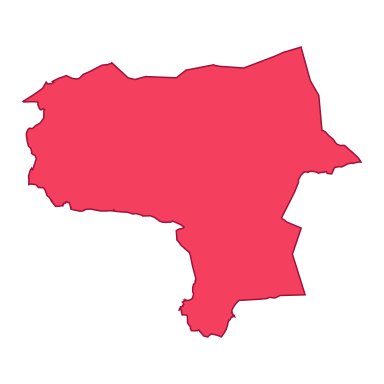 Huaniqueo, Michoacán, Mexico (Robinson projection)
{"feature_id": "50627088B18619680488103", "entity_name": "Huaniqueo", "entity_type": "district", "adm_level": 2, "iso_a3": "MEX", "parent_name": "Mexico", "parent_adm1": "Michoacán", "projection": "robinson", "projection_center": [-101.528, 19.878], "detail": "fine", "context": "isolated", "style": "filled", "palette": "rose", "viewbox_px": 384, "rotation_deg": 0, "n_neighbors": 0, "source": "geoboundaries", "source_scale": "gbopen_adm2", "svg_char_len": 5782}
<svg xmlns="http://www.w3.org/2000/svg" viewBox="0 0 384 384"><path d="M305.1,294.8L292.4,254.2L301.2,228.1L286.9,222.1L285.7,221.2L285.1,220.7L284.5,220.0L283.2,219.4L282.8,219.2L281.9,218.8L281.9,218.4L281.6,217.7L282.4,216.1L288.8,203.5L294.7,191.8L298.3,182.7L298.5,181.8L298.4,179.5L298.9,179.2L299.1,178.5L299.4,178.0L299.9,177.2L300.8,175.4L301.1,174.8L301.8,174.4L303.8,172.2L304.3,172.2L304.9,171.9L306.0,171.8L306.4,172.0L307.1,172.0L307.4,171.8L307.8,171.9L308.0,172.4L308.9,171.9L309.1,171.4L310.4,171.4L310.8,171.5L311.0,171.3L312.3,171.3L314.4,171.6L316.4,172.1L317.8,172.6L318.2,173.1L319.0,173.1L320.7,172.5L322.2,172.4L323.9,172.3L326.3,171.5L327.3,173.3L327.3,173.5L331.7,173.9L334.6,167.5L336.1,167.2L338.5,166.7L341.7,166.9L343.8,165.9L347.4,164.0L351.5,163.0L352.9,163.4L354.5,162.9L358.8,162.0L361.0,162.1L359.3,159.3L357.6,157.2L353.9,153.8L352.3,152.2L348.6,149.1L345.6,146.2L343.9,145.3L340.3,145.5L336.8,144.1L335.2,142.2L333.6,139.8L332.0,138.2L328.9,135.8L325.6,132.1L323.2,130.6L322.0,130.5L321.8,128.7L318.8,95.5L310.3,80.7L301.0,47.0L299.7,47.5L283.6,52.3L274.8,56.2L243.8,68.0L220.4,66.4L215.0,65.5L213.7,64.8L185.9,70.2L176.4,77.8L145.5,76.6L135.0,79.5L128.0,77.8L111.7,62.7L111.1,63.4L110.7,63.7L108.7,64.1L107.9,64.6L107.4,65.1L106.7,64.6L101.9,65.2L89.0,71.9L83.4,74.3L79.2,78.4L76.9,79.0L72.1,78.4L67.6,76.2L67.2,76.2L66.4,75.6L59.3,78.2L59.1,78.1L52.5,81.4L53.8,82.2L51.3,83.7L50.2,83.5L47.8,84.1L46.2,82.1L43.5,86.7L42.6,88.4L32.9,95.2L23.0,101.4L23.8,102.0L30.5,101.7L36.7,101.8L38.2,102.6L37.8,104.6L38.8,107.0L39.7,108.9L40.5,109.8L41.6,109.7L42.8,108.7L43.6,109.1L44.0,109.1L44.6,109.5L43.9,110.5L43.8,117.8L41.1,121.8L39.8,123.3L36.9,124.9L35.9,125.5L34.5,126.7L33.4,127.8L32.9,128.2L32.3,128.4L31.7,128.5L31.2,128.5L30.0,128.2L29.6,128.2L29.3,128.3L29.0,128.5L28.7,128.8L28.3,129.2L27.5,130.4L27.0,131.5L26.7,132.3L26.6,132.7L26.4,133.6L26.4,134.8L26.5,136.2L26.7,137.8L27.1,140.3L27.4,142.1L28.4,146.0L30.0,147.6L31.1,149.1L31.3,150.6L31.5,151.4L31.7,151.9L31.6,153.4L33.0,154.4L33.2,154.7L34.6,155.1L35.0,155.6L36.4,158.3L36.0,159.7L32.8,169.3L32.7,169.7L31.6,169.2L31.5,168.5L30.3,170.2L28.5,176.2L28.7,178.5L29.0,178.6L28.8,184.0L28.8,184.6L29.6,184.3L30.0,184.1L30.7,184.0L34.3,184.5L35.9,184.6L36.3,185.0L38.5,187.6L39.0,187.4L39.5,187.5L40.3,187.5L40.8,187.7L41.2,187.8L42.2,187.7L42.8,187.5L43.0,187.5L43.3,187.7L44.1,188.4L44.4,189.3L45.1,190.1L45.3,190.4L45.6,191.5L45.8,192.2L46.1,192.7L46.2,193.0L46.6,193.6L46.6,193.8L46.7,194.9L47.4,196.0L48.8,197.0L49.7,198.1L51.5,200.4L51.0,200.3L51.3,201.0L51.6,201.3L55.6,206.4L58.4,206.3L59.6,206.2L60.9,205.8L61.9,205.7L62.5,205.9L62.9,205.9L63.0,205.8L62.8,204.9L63.0,204.6L63.5,204.4L63.6,204.2L63.3,203.7L63.8,203.3L65.6,203.1L65.6,202.9L65.5,202.3L65.6,202.1L66.2,201.8L66.7,201.7L66.9,201.8L67.1,202.0L67.3,202.4L67.5,202.5L67.8,202.3L68.0,202.3L68.3,202.4L68.5,202.6L69.2,202.6L69.4,202.9L69.5,203.4L70.0,204.7L70.1,205.2L70.3,205.6L70.4,205.9L70.3,206.3L70.7,206.8L70.5,207.2L70.7,207.7L71.0,207.6L71.2,207.8L71.2,208.0L70.9,209.0L71.4,209.3L72.9,209.6L73.4,209.8L74.8,210.1L76.6,210.4L77.3,210.5L78.5,210.9L79.2,211.1L80.4,211.1L81.2,211.1L81.9,211.1L82.6,210.8L82.9,210.9L83.1,210.8L83.7,210.6L84.4,210.1L85.8,209.4L86.8,209.2L89.0,209.2L90.1,209.0L92.6,209.4L94.2,209.8L96.9,210.3L98.8,210.6L99.1,210.7L99.2,210.8L99.8,210.9L100.7,211.0L105.8,211.0L106.8,210.9L107.1,210.8L107.3,210.9L109.0,210.7L110.3,210.8L110.3,210.7L112.7,210.9L113.1,210.7L113.8,209.7L114.4,210.8L114.1,211.1L115.2,211.2L116.0,211.4L118.2,211.6L121.6,211.9L127.5,212.2L132.9,214.0L135.8,213.5L141.9,215.2L142.8,216.0L150.0,215.8L150.3,215.7L150.8,215.9L152.2,216.5L153.4,216.9L154.4,217.4L154.8,217.6L155.4,217.9L155.4,218.1L158.9,220.4L159.3,220.9L159.9,221.3L162.4,222.1L164.1,222.2L165.9,222.4L167.6,222.2L170.3,222.2L171.0,221.9L172.8,221.1L181.6,225.1L181.5,225.5L184.0,226.8L183.8,227.2L183.6,227.9L183.4,228.1L181.1,228.7L179.6,228.9L178.2,229.5L176.3,230.6L176.3,231.0L176.9,240.0L178.3,241.4L180.5,244.6L182.1,246.2L189.6,252.8L190.3,255.4L190.7,257.1L192.6,266.3L195.9,278.7L196.0,279.3L195.7,279.7L195.6,280.1L195.2,280.6L195.3,281.0L195.1,281.2L195.2,281.5L195.2,281.8L195.2,282.1L195.3,282.1L195.1,282.8L194.0,283.9L193.8,284.1L194.0,284.2L193.4,285.0L192.7,287.7L192.7,290.0L192.8,292.1L193.6,293.8L192.9,296.5L192.0,298.8L189.5,300.2L187.9,300.4L187.6,300.4L186.7,300.1L186.3,300.4L185.4,299.8L185.5,300.2L184.5,300.2L184.9,300.5L184.9,300.8L183.5,301.6L182.5,302.1L183.0,302.5L183.7,304.4L183.2,304.8L183.0,305.1L182.7,305.3L182.8,306.3L182.4,306.3L182.0,306.4L181.9,306.4L181.1,306.7L180.5,306.8L180.4,307.4L180.7,307.9L179.9,308.2L179.6,308.6L179.4,309.2L179.2,310.0L179.8,309.7L180.5,309.4L181.6,310.7L181.3,311.3L182.2,315.0L182.8,314.8L183.3,314.8L183.9,314.9L186.5,315.0L187.3,315.9L187.5,322.4L188.3,324.1L189.4,325.7L190.3,326.3L190.5,327.1L190.3,328.1L190.7,329.3L191.4,330.7L194.2,330.8L197.7,330.7L198.5,329.9L199.0,330.0L199.7,331.3L201.1,332.8L203.4,335.5L204.0,336.1L207.8,337.0L209.5,335.2L211.4,333.9L216.2,335.0L218.2,335.6L221.3,336.9L223.0,334.7L225.2,331.2L225.4,330.4L226.3,329.3L226.6,328.3L226.6,327.7L227.3,326.2L227.7,324.6L228.0,322.3L228.6,321.0L228.9,320.7L228.7,320.3L228.7,320.1L229.1,320.0L229.6,320.1L230.0,319.7L230.3,319.2L230.4,318.7L230.6,318.2L231.1,317.8L231.3,317.7L231.4,317.3L231.6,317.0L232.6,317.0L232.9,316.9L233.2,316.0L233.8,316.1L234.6,316.6L234.3,315.5L233.7,315.3L233.6,315.1L232.9,314.9L232.9,314.3L232.6,313.6L231.7,313.1L231.6,312.8L231.6,312.7L232.1,312.5L232.1,312.2L231.9,311.2L231.9,310.6L232.2,309.6L232.5,308.8L232.8,308.4L233.1,307.7L233.8,306.5L235.2,304.5L237.4,301.8L239.1,300.4L256.6,299.4L266.6,298.6L269.8,297.3L274.2,298.0L275.8,297.7L280.0,295.5L305.1,294.8Z" fill="#f43f5e" stroke="#9f1239" stroke-width="1.5"/></svg>